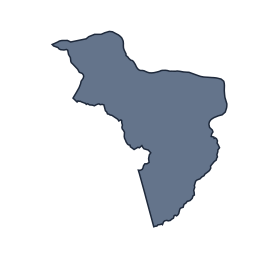 outline of Triunfo, Rio Grande do Sul, Brazil, rotated 194°
{"feature_id": "56859067B51125983090537", "entity_name": "Triunfo", "entity_type": "district", "adm_level": 2, "iso_a3": "BRA", "parent_name": "Brazil", "parent_adm1": "Rio Grande do Sul", "projection": "equal_earth", "projection_center": [-51.557, -29.812], "detail": "fine", "context": "isolated", "style": "filled", "palette": "slate", "viewbox_px": 256, "rotation_deg": 194, "n_neighbors": 0, "source": "geoboundaries", "source_scale": "gbopen_adm2", "svg_char_len": 3060}
<svg xmlns="http://www.w3.org/2000/svg" viewBox="0 0 256 256"><g transform="rotate(194 128 128)"><path d="M157.8,215.1L159.8,216.0L161.5,216.4L164.0,217.0L166.3,217.6L169.5,217.2L171.0,216.3L173.4,214.9L176.7,212.4L183.1,210.8L188.2,207.1L190.2,204.4L204.4,197.6L208.0,198.3L209.5,197.9L211.5,197.4L213.6,196.8L215.7,195.7L216.8,194.6L219.8,192.2L221.8,190.7L220.1,189.6L217.3,189.3L215.4,189.1L214.1,188.1L212.5,187.7L209.0,188.2L206.7,189.3L205.3,188.9L203.5,185.0L200.9,182.3L199.6,178.8L198.8,177.7L197.7,177.1L191.1,172.9L188.7,170.3L185.7,169.9L184.2,168.8L183.5,167.4L183.5,165.4L184.8,162.0L184.7,159.3L185.2,155.4L186.6,150.3L188.6,143.7L183.7,140.9L183.1,142.2L182.0,142.0L180.9,142.4L179.1,142.0L175.1,141.6L174.2,140.8L173.0,141.8L170.9,141.1L168.1,141.6L166.0,141.4L164.6,142.7L163.5,143.6L162.0,144.4L160.6,143.9L158.8,144.7L157.0,144.6L155.3,141.5L154.1,139.3L152.5,138.4L151.3,136.7L150.0,136.8L148.5,136.3L146.7,136.4L140.0,134.0L138.6,132.6L137.0,134.1L136.0,133.8L135.3,131.5L134.1,129.5L134.1,127.3L133.4,125.8L132.2,124.9L130.4,123.1L129.6,118.8L128.8,117.1L127.5,115.6L126.5,114.1L124.6,112.3L123.5,111.8L121.8,111.8L121.2,110.4L118.8,109.4L116.9,108.6L113.7,111.7L112.2,111.5L110.3,114.3L108.8,112.7L107.5,111.7L102.9,111.5L99.9,109.4L100.8,107.2L100.6,103.2L99.2,99.7L100.9,97.9L103.0,97.3L103.8,95.2L103.8,92.9L104.2,91.3L105.9,89.9L107.8,89.6L106.0,86.6L95.9,68.7L93.5,64.3L79.1,38.4L77.7,39.3L76.3,39.8L75.5,41.3L73.4,42.1L72.4,42.9L71.2,42.5L70.8,45.5L70.0,46.8L67.9,47.8L66.6,47.6L64.5,48.6L63.7,49.9L62.1,51.5L62.0,54.1L61.1,54.8L59.6,54.5L58.7,55.7L58.1,57.3L58.1,61.3L57.8,62.7L56.7,63.6L55.3,64.4L55.2,67.5L53.6,69.2L52.8,71.2L51.7,71.7L50.2,72.7L48.7,75.2L48.5,77.9L47.4,79.0L48.1,81.2L49.2,83.5L48.9,86.6L49.7,88.2L49.5,92.8L48.3,94.4L45.8,96.1L44.6,98.3L42.6,100.2L42.4,101.6L41.5,102.8L40.1,104.5L38.7,106.4L38.0,109.0L38.7,111.1L37.4,113.8L36.2,116.3L34.6,118.3L34.7,120.1L34.2,121.6L35.3,123.5L35.1,126.6L35.5,128.5L34.4,131.0L36.5,133.6L37.9,134.9L38.1,137.2L39.5,138.9L40.8,139.5L41.9,138.8L42.5,140.0L45.2,139.9L45.4,142.6L44.6,144.7L45.7,146.4L49.0,148.3L50.5,151.4L50.5,153.8L49.6,156.1L48.7,157.2L47.1,158.9L43.1,161.8L39.8,163.6L37.5,167.0L37.2,171.4L37.4,173.1L37.9,175.3L41.4,181.2L42.4,183.9L43.6,187.5L44.7,192.5L45.4,194.6L46.4,196.5L47.8,197.2L49.5,198.0L50.6,198.0L52.1,198.0L53.4,198.0L54.8,197.9L57.0,197.6L59.0,197.2L62.5,196.6L65.1,196.1L66.9,195.8L70.0,195.6L72.5,195.8L82.3,196.8L84.2,196.4L87.8,195.8L90.9,195.6L94.1,195.2L95.5,194.6L97.6,194.1L99.4,193.7L100.8,193.3L102.3,193.2L103.4,193.3L104.5,193.2L105.8,193.0L106.9,192.7L108.4,192.3L109.8,191.7L110.9,190.8L112.4,189.9L114.1,189.0L116.1,188.0L118.3,187.2L120.7,186.7L122.7,186.8L124.7,187.1L126.3,187.4L127.9,187.3L129.2,187.0L130.3,186.8L131.5,187.1L133.1,187.9L134.8,189.5L136.2,191.3L138.9,193.9L140.3,194.5L141.8,194.5L144.0,195.7L145.4,196.9L147.4,197.8L147.9,199.5L149.1,200.9L150.5,202.6L151.7,204.5L152.4,206.7L152.9,208.9L153.7,211.1L154.8,212.6L156.0,214.0L157.8,215.1Z" fill="#64748b" stroke="#1e293b" stroke-width="1.5"/></g></svg>